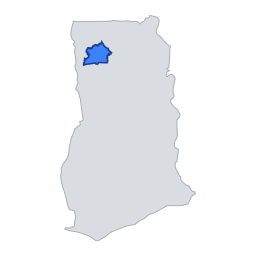 Wa East, Upper West, Ghana (highlighted)
{"feature_id": "2480657B52594370214383", "entity_name": "Wa East", "entity_type": "district", "adm_level": 2, "iso_a3": "GHA", "parent_name": "Ghana", "parent_adm1": "Upper West", "projection": "natural_earth1", "projection_center": [-2.09, 10.084], "detail": "fine", "context": "in_parent", "style": "filled", "palette": "blue", "viewbox_px": 256, "rotation_deg": 0, "n_neighbors": 0, "source": "geoboundaries", "source_scale": "gbopen_adm2", "svg_char_len": 5900}
<svg xmlns="http://www.w3.org/2000/svg" viewBox="0 0 256 256"><path d="M156.9,17.2L158.8,19.3L159.2,20.5L158.5,25.1L157.1,28.3L156.2,31.2L156.3,32.7L157.2,34.2L160.2,36.6L161.7,38.1L163.4,40.4L165.5,42.7L169.0,45.6L170.5,46.2L170.4,47.0L169.9,48.1L169.6,59.1L169.4,61.9L169.1,63.3L168.8,67.4L168.4,68.0L167.8,68.0L167.2,68.1L167.0,68.9L167.3,69.8L169.4,70.4L168.9,71.0L167.4,71.5L166.6,72.8L166.9,74.2L166.1,75.3L166.3,76.1L166.9,76.6L167.8,76.4L170.2,74.5L171.3,74.3L172.6,74.7L174.9,77.6L175.0,79.0L174.1,83.8L173.2,87.6L173.0,92.5L174.0,95.3L173.9,96.8L172.8,98.2L170.3,100.1L170.5,101.4L171.6,103.8L173.7,106.6L177.7,109.9L179.9,114.3L179.9,116.1L178.7,117.9L177.2,119.4L176.8,121.7L177.4,136.4L174.3,142.7L174.2,144.6L174.6,146.7L175.4,147.9L177.0,148.3L178.4,149.5L177.9,154.0L177.2,158.6L177.1,160.8L176.7,161.8L175.5,162.7L175.0,164.1L175.3,165.9L175.1,167.2L175.8,168.9L177.2,171.0L179.6,176.3L180.5,176.7L180.9,177.8L180.6,178.9L181.5,181.2L184.1,183.5L186.8,185.6L189.0,185.9L189.6,187.7L191.0,190.0L192.1,191.0L193.7,191.7L195.1,192.0L195.2,194.0L192.7,195.3L191.0,197.3L189.8,200.4L188.0,203.8L181.9,205.6L179.6,205.6L167.1,205.7L155.4,212.3L148.6,214.7L144.5,218.4L138.9,221.1L135.0,224.3L126.9,225.9L113.6,231.0L109.5,233.0L105.3,236.5L98.5,240.6L95.8,240.6L90.4,236.7L86.4,234.8L76.6,231.8L69.2,230.7L65.7,229.4L64.7,229.2L65.6,227.8L67.6,227.7L69.8,228.1L71.4,227.0L73.8,226.9L74.4,225.8L74.6,223.0L74.6,220.7L75.4,219.7L75.6,217.1L74.5,211.2L73.6,210.5L69.3,209.7L69.0,208.5L68.2,207.3L67.4,204.2L66.5,199.7L65.0,194.1L62.1,184.9L61.4,181.6L60.9,178.3L60.8,174.3L61.4,172.8L61.3,170.8L61.1,168.7L63.1,164.0L67.1,158.3L67.9,156.2L68.6,154.8L68.8,152.7L69.5,146.0L71.4,137.9L72.6,134.8L73.4,133.2L74.3,130.5L74.6,129.2L78.3,126.0L79.9,125.2L80.3,123.9L79.7,122.5L80.0,121.6L80.9,121.1L82.2,120.8L83.2,119.5L81.7,109.5L80.4,99.5L80.3,98.6L79.6,97.3L78.9,93.1L77.6,90.7L75.9,90.0L75.9,87.8L77.7,83.9L78.1,81.7L77.3,81.0L77.2,79.3L77.8,76.4L77.5,74.7L77.2,72.8L75.3,68.5L74.9,65.4L75.8,63.6L75.8,59.6L74.8,53.5L74.7,49.7L75.3,48.0L75.0,46.5L73.7,45.1L73.6,43.7L74.7,42.3L74.6,41.2L73.2,40.4L72.0,38.6L70.9,35.6L71.1,30.8L73.2,22.0L73.4,21.3L75.8,21.3L75.8,21.7L83.1,21.6L91.5,21.5L101.5,21.4L110.6,21.3L111.0,20.9L112.5,20.4L121.7,21.3L127.4,20.9L129.9,21.2L131.7,21.8L135.6,21.4L137.7,21.6L139.3,23.8L140.0,23.8L140.9,22.9L142.5,21.8L144.1,21.0L145.2,19.3L145.9,18.0L147.0,18.2L148.5,18.1L149.5,17.0L149.9,15.4L156.9,17.2Z" fill="#d9dde1" stroke="#a8b0b8" stroke-width="1"/><path d="M108.7,50.3L108.5,50.1L108.5,49.8L108.5,49.6L108.4,49.6L108.4,49.4L108.4,49.2L108.2,48.7L108.1,48.8L108.0,48.6L107.9,48.6L107.7,48.5L107.4,48.5L107.4,48.3L107.1,48.2L106.7,48.0L106.7,47.9L106.5,47.6L106.4,47.6L106.2,47.6L105.8,47.3L105.7,47.3L105.6,47.2L105.2,46.8L104.9,46.6L104.7,46.4L104.5,46.1L104.2,46.0L103.9,45.9L103.8,45.7L103.7,45.4L103.8,45.1L103.7,45.0L103.5,44.6L103.2,44.1L102.9,43.5L102.6,43.2L102.2,42.7L102.0,42.4L101.8,42.2L101.7,41.8L101.6,42.0L101.4,42.3L101.3,42.5L101.3,42.8L101.0,43.0L100.9,43.3L100.6,43.4L100.6,43.5L100.5,43.4L100.2,43.5L99.7,43.8L99.5,43.7L99.4,43.6L99.2,43.7L99.0,43.9L98.9,44.1L98.9,44.3L98.7,44.4L98.5,44.6L98.4,44.7L98.5,44.8L98.4,44.9L98.3,45.0L98.3,45.3L98.2,45.3L98.0,45.2L97.9,45.3L98.0,45.6L97.9,45.6L97.8,45.8L97.6,45.8L97.6,45.7L97.4,45.5L97.2,45.5L97.0,45.4L96.9,45.4L96.9,45.5L96.8,45.3L96.7,45.3L96.7,45.0L96.4,45.1L96.2,45.3L95.8,45.3L95.7,45.2L95.6,44.7L93.4,45.6L93.6,46.2L93.6,46.3L93.4,46.3L93.2,46.2L93.1,46.3L92.8,46.3L92.7,46.3L92.3,47.0L92.2,47.3L92.0,47.6L92.1,47.8L91.9,47.8L91.6,48.1L91.3,48.1L91.3,48.3L91.2,48.5L91.1,48.8L90.8,48.7L90.7,48.5L90.7,48.4L90.3,48.0L90.3,47.9L90.0,47.8L89.9,47.9L89.7,47.9L89.5,48.0L89.2,47.9L89.0,48.0L88.8,47.9L88.8,48.0L88.7,47.9L88.4,47.8L88.1,48.0L87.8,47.9L87.7,48.1L87.6,48.4L87.4,48.5L87.4,48.8L87.2,49.0L87.1,49.6L86.9,49.7L86.8,49.8L86.7,50.0L86.4,50.3L86.3,50.6L86.3,50.9L86.2,51.1L86.4,51.5L86.5,51.8L86.5,52.3L86.9,52.2L87.2,52.1L87.4,52.2L87.5,52.4L87.9,52.4L87.9,52.6L87.7,52.7L87.4,52.8L87.5,53.4L87.5,53.6L87.4,53.7L87.4,53.9L87.5,53.9L87.6,54.0L87.8,54.2L87.8,54.3L88.0,54.2L88.4,54.2L88.5,54.2L88.8,54.3L88.9,54.5L89.0,54.5L89.3,54.5L89.2,54.8L88.9,55.1L88.6,55.4L88.5,55.6L88.6,56.1L88.6,56.4L88.7,56.5L88.8,56.8L88.6,57.1L88.4,57.3L88.0,57.4L87.8,57.7L87.5,57.8L87.0,58.1L87.1,58.5L86.9,58.7L86.6,58.6L86.4,58.7L86.3,58.8L86.1,59.1L85.9,59.3L85.7,59.4L85.4,59.5L85.1,59.5L85.1,59.3L84.9,58.8L84.9,58.6L84.6,58.4L84.6,58.6L84.6,58.9L84.7,59.3L84.9,59.4L85.0,59.6L85.0,59.8L84.9,59.9L84.6,59.9L84.6,60.4L84.5,60.5L84.8,60.7L84.8,60.9L84.6,61.1L84.5,61.8L84.4,61.9L84.2,62.2L84.3,62.4L84.1,62.6L83.8,62.7L83.7,62.9L83.7,63.1L83.8,63.3L83.7,63.5L83.8,63.6L83.9,63.9L83.8,64.0L83.6,64.0L83.5,64.7L83.7,64.8L83.8,64.8L83.8,65.1L85.8,64.4L88.0,64.1L91.5,63.6L92.9,63.4L93.1,63.3L94.3,63.2L95.6,63.0L95.8,63.8L95.9,64.0L96.6,64.1L96.9,64.2L97.2,64.2L97.6,64.1L97.8,64.0L97.8,63.9L98.0,63.7L98.2,63.2L98.3,62.9L98.4,62.7L98.5,62.6L98.8,62.6L102.0,62.6L103.6,62.7L105.0,62.7L106.3,62.8L107.0,62.8L107.3,62.7L107.5,62.0L107.7,61.0L107.7,60.9L107.6,60.6L107.7,60.4L107.6,60.1L107.4,60.0L107.4,59.9L107.5,59.7L107.4,59.4L107.5,59.2L107.4,59.1L107.2,58.9L107.2,58.7L107.2,58.4L107.3,58.4L107.3,58.2L107.3,57.9L107.2,57.8L107.4,57.7L107.2,57.5L107.2,57.2L107.3,57.1L107.1,56.8L107.1,56.6L107.1,56.3L107.1,56.0L107.4,56.0L107.5,55.9L107.5,55.7L107.8,55.3L107.9,55.2L108.0,55.1L108.3,55.4L108.4,55.5L108.5,55.5L108.6,55.2L108.6,54.9L108.9,54.9L109.1,55.0L109.4,55.1L109.6,54.9L109.7,54.7L109.3,54.4L108.9,53.9L109.3,53.8L109.6,53.6L109.8,53.6L109.9,53.9L110.0,54.0L110.6,53.8L110.8,53.7L111.0,53.7L110.9,53.3L110.9,53.2L111.0,53.1L110.9,53.1L111.0,52.9L110.9,52.9L110.8,52.7L110.8,52.4L110.7,52.2L110.7,51.9L110.5,51.7L110.4,51.8L110.2,51.7L109.8,51.5L109.7,51.5L109.7,51.4L109.6,51.2L109.4,51.0L109.3,50.9L109.2,50.9L108.9,50.7L108.7,50.3Z" fill="#3b82f6" stroke="#1e3a8a" stroke-width="1.5"/></svg>